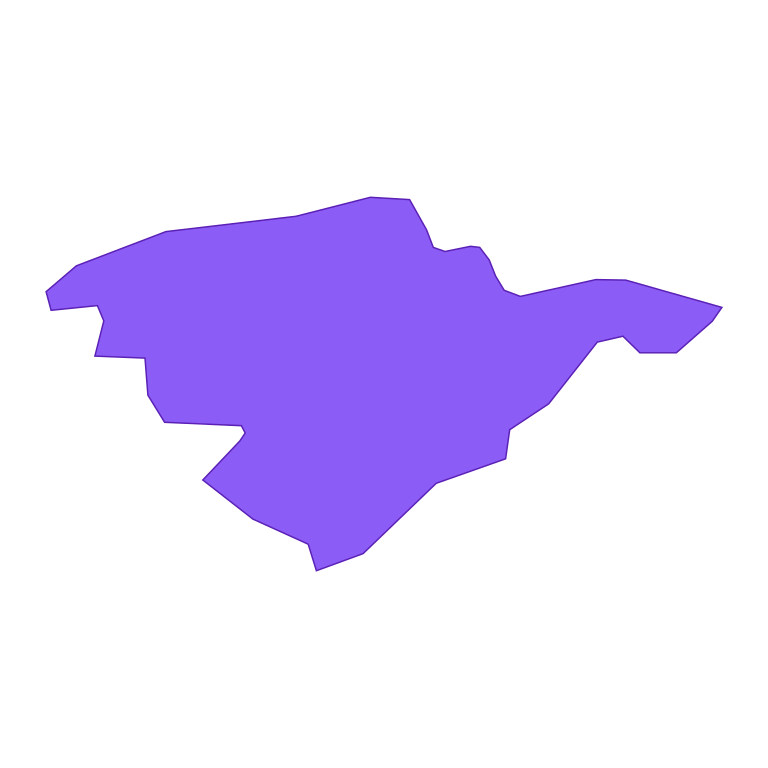 Falkirk, Mercator projection
{"feature_id": "GBR-2015", "entity_name": "Falkirk", "entity_type": "Unitary District", "adm_level": 1, "iso_a3": "GBR", "parent_name": "United Kingdom", "parent_adm1": "", "projection": "mercator", "projection_center": [-3.764, 55.973], "detail": "fine", "context": "isolated", "style": "filled", "palette": "violet", "viewbox_px": 768, "rotation_deg": 0, "n_neighbors": 0, "source": "natural_earth", "source_scale": "10m", "svg_char_len": 643}
<svg xmlns="http://www.w3.org/2000/svg" viewBox="0 0 768 768"><path d="M409.6,199.6L426.6,229.9L433.3,247.4L445.0,251.5L470.6,246.3L479.7,247.4L489.2,259.9L495.6,276.1L504.2,290.3L520.3,296.4L595.8,279.6L625.7,280.1L721.9,307.4L712.3,321.2L676.3,352.8L639.9,352.8L622.9,336.2L597.3,342.1L548.7,403.8L509.7,429.7L505.6,458.8L436.2,483.3L363.1,553.6L316.4,570.7L308.2,544.2L252.9,519.1L202.8,480.0L239.9,440.9L245.2,433.0L241.4,425.7L164.6,422.3L147.9,395.2L145.0,358.1L94.9,356.1L103.8,320.9L97.4,305.6L51.1,310.3L46.1,291.7L76.4,265.8L165.9,231.6L295.9,216.3L370.4,197.3L409.6,199.6Z" fill="#8b5cf6" stroke="#5b21b6" stroke-width="1.5"/></svg>